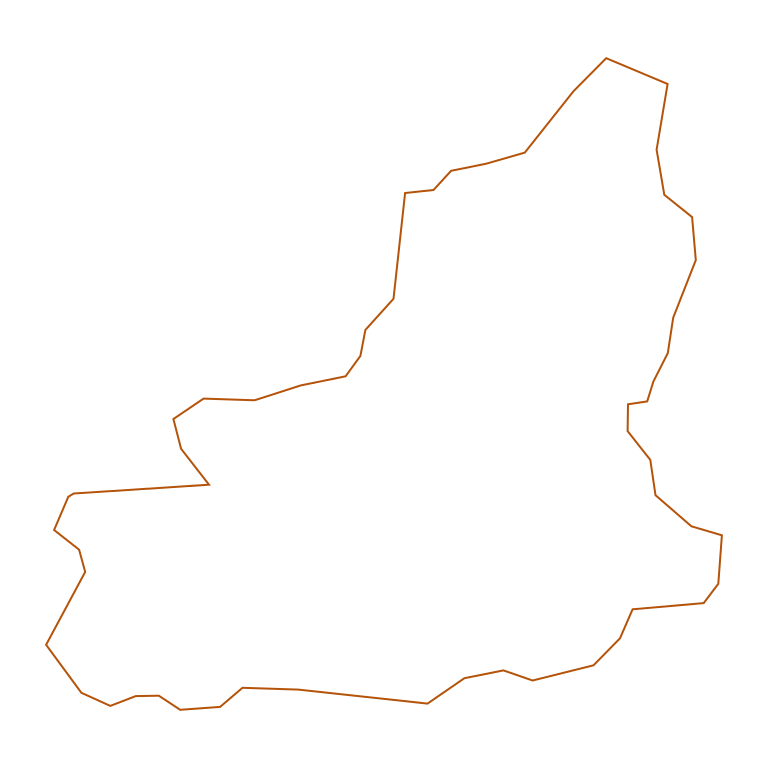 Ak-Talaa, Naryn, Kyrgyzstan
{"feature_id": "92254566B17697144541552", "entity_name": "Ak-Talaa", "entity_type": "district", "adm_level": 2, "iso_a3": "KGZ", "parent_name": "Kyrgyzstan", "parent_adm1": "Naryn", "projection": "equal_earth", "projection_center": [74.786, 41.313], "detail": "fine", "context": "isolated", "style": "outline", "palette": "amber", "viewbox_px": 768, "rotation_deg": 0, "n_neighbors": 0, "source": "geoboundaries", "source_scale": "gbopen_adm2", "svg_char_len": 801}
<svg xmlns="http://www.w3.org/2000/svg" viewBox="0 0 768 768"><path d="M110.3,705.9L135.7,696.1L158.8,695.7L180.2,709.8L220.1,706.9L242.5,687.8L298.4,689.6L427.5,703.6L464.4,678.2L503.4,670.4L532.6,680.5L593.5,665.3L620.0,638.3L632.6,609.3L703.7,603.1L718.3,583.8L721.9,535.3L691.4,526.3L655.5,495.2L650.3,459.9L627.6,431.1L628.0,404.3L647.2,401.4L653.4,381.5L667.8,353.1L673.2,317.7L695.8,260.1L692.1,217.1L664.3,194.8L656.6,149.7L667.6,84.0L606.2,58.2L573.5,91.2L524.8,152.6L486.2,163.7L451.1,170.8L433.5,190.0L405.1,193.0L393.5,298.8L365.4,329.9L360.4,355.9L345.6,376.3L300.8,385.4L254.8,400.2L252.0,400.2L203.6,398.6L173.4,419.0L181.1,448.8L209.0,484.7L73.7,493.5L68.3,496.8L54.1,530.0L79.1,549.7L85.2,571.9L46.1,644.8L81.4,692.8L110.3,705.9Z" fill="none" stroke="#b45309" stroke-width="2"/></svg>